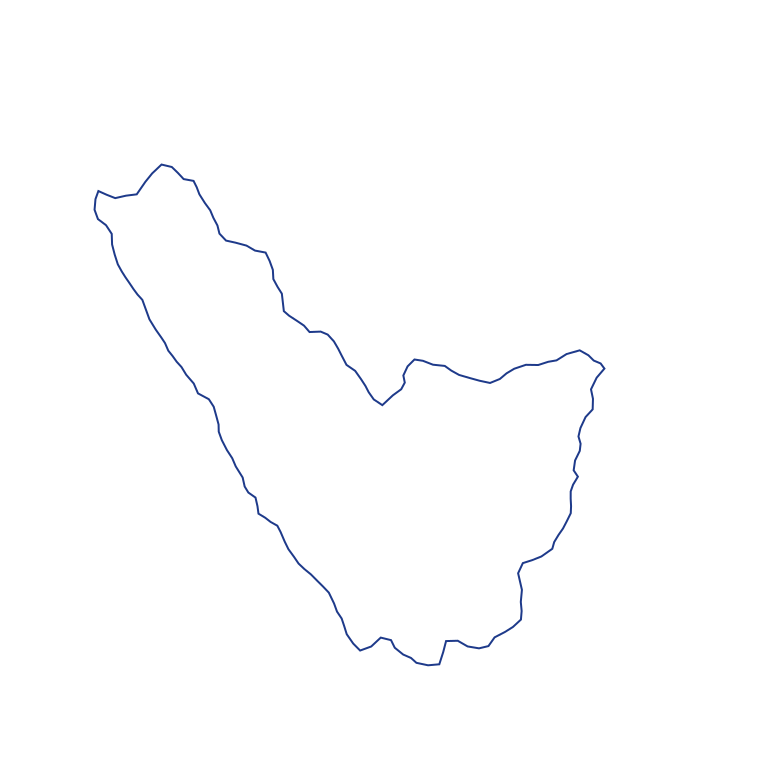 the district of Natércia, Minas Gerais, Brazil, rotated 250°
{"feature_id": "56859067B44259547062603", "entity_name": "Natércia", "entity_type": "district", "adm_level": 2, "iso_a3": "BRA", "parent_name": "Brazil", "parent_adm1": "Minas Gerais", "projection": "equal_earth", "projection_center": [-45.499, -22.144], "detail": "fine", "context": "isolated", "style": "outline", "palette": "blue", "viewbox_px": 768, "rotation_deg": 250, "n_neighbors": 0, "source": "geoboundaries", "source_scale": "gbopen_adm2", "svg_char_len": 2374}
<svg xmlns="http://www.w3.org/2000/svg" viewBox="0 0 768 768"><g transform="rotate(250 384 384)"><path d="M115.8,432.1L123.6,435.7L132.4,438.0L143.4,443.2L160.3,445.3L168.2,453.2L167.8,462.9L168.1,472.9L171.6,485.8L177.3,489.9L182.5,496.4L187.0,502.8L192.4,508.7L198.7,515.3L205.2,518.0L212.4,520.2L219.2,522.7L224.7,527.2L230.6,534.5L238.0,532.7L246.8,537.4L254.2,545.1L260.6,548.3L268.2,548.8L275.4,553.5L284.0,562.1L288.8,571.4L298.6,575.3L308.2,576.7L317.2,586.0L323.1,596.4L329.2,594.6L334.3,589.1L341.1,585.9L348.7,579.4L349.7,565.8L347.2,554.2L348.7,545.9L349.1,535.4L353.5,523.9L353.8,511.6L352.1,502.8L349.1,494.6L348.7,484.0L354.4,474.9L360.3,466.6L366.8,457.7L373.6,451.8L380.2,447.3L385.4,436.6L392.5,428.5L396.6,421.0L392.5,412.2L385.4,405.1L378.2,404.0L373.2,398.4L370.3,388.4L364.7,375.2L373.0,369.1L381.5,366.8L388.5,365.9L396.3,364.1L406.2,361.4L414.8,355.3L425.4,353.9L432.9,353.0L441.2,351.5L449.7,348.0L454.9,342.4L458.3,331.8L466.2,328.8L473.4,323.6L480.6,318.2L486.7,314.8L495.0,316.8L503.8,318.9L511.7,317.2L520.4,315.9L529.3,318.6L538.8,318.6L548.0,317.7L553.5,308.4L561.1,302.1L567.6,292.8L572.8,284.6L581.6,280.8L589.9,281.7L598.5,280.5L606.7,280.1L615.3,277.6L625.4,275.4L633.0,275.3L640.0,274.5L645.1,265.8L652.9,262.5L660.5,258.8L666.3,250.0L661.2,238.2L655.6,228.9L646.8,216.5L649.2,206.0L650.6,195.0L656.7,188.1L663.0,181.6L656.4,176.1L646.7,171.6L636.8,171.6L628.3,177.1L618.2,179.5L608.1,176.2L597.7,175.2L587.5,174.8L579.3,176.1L572.9,177.5L565.2,179.5L558.7,181.1L552.3,183.0L545.7,185.7L537.1,185.7L525.0,185.7L513.2,188.1L503.6,190.7L497.4,192.2L489.1,192.7L482.6,194.9L475.8,196.8L469.2,199.5L460.3,201.3L449.5,205.4L438.8,206.0L429.6,214.2L420.9,216.2L413.0,215.6L402.5,214.7L395.7,212.4L386.7,212.4L375.6,213.8L366.2,216.0L357.2,216.5L344.5,219.2L335.3,218.0L328.4,219.4L321.2,224.4L312.4,223.3L305.1,221.7L299.0,226.6L293.1,230.3L287.3,235.3L280.4,236.2L269.8,236.8L261.4,237.7L252.4,240.3L244.5,242.3L237.3,245.9L230.1,250.2L221.6,254.1L214.4,257.5L206.8,260.8L194.9,262.0L186.2,262.0L178.1,264.0L170.2,263.8L161.6,263.4L150.6,266.3L141.7,270.4L141.7,282.2L146.8,294.2L140.9,303.0L132.5,303.9L123.2,309.5L117.3,315.7L110.9,319.1L104.6,329.2L101.7,340.1L111.9,348.0L121.2,354.4L117.5,365.5L108.8,372.8L103.1,382.9L102.0,392.5L108.1,401.3L109.6,412.8L111.6,422.1L115.8,432.1Z" fill="none" stroke="#1e3a8a" stroke-width="2"/></g></svg>